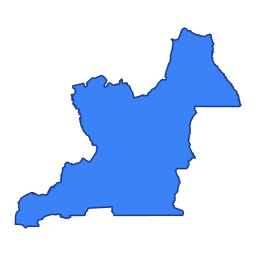 Kahemba, Bandundu, Democratic Republic of the Congo (Albers equal-area conic projection)
{"feature_id": "63176286B37251946319002", "entity_name": "Kahemba", "entity_type": "district", "adm_level": 2, "iso_a3": "COD", "parent_name": "Democratic Republic of the Congo", "parent_adm1": "Bandundu", "projection": "albers", "projection_center": [18.943, -7.197], "detail": "fine", "context": "isolated", "style": "filled", "palette": "blue", "viewbox_px": 256, "rotation_deg": 0, "n_neighbors": 0, "source": "geoboundaries", "source_scale": "gbopen_adm2", "svg_char_len": 5685}
<svg xmlns="http://www.w3.org/2000/svg" viewBox="0 0 256 256"><path d="M71.7,94.6L71.9,94.9L71.6,95.4L72.1,95.9L71.9,96.5L72.3,97.0L72.0,97.3L72.7,97.6L72.2,98.0L72.7,98.7L72.1,99.3L73.0,99.4L73.1,99.8L72.6,100.2L73.3,100.5L73.5,101.6L72.9,103.5L73.3,104.5L73.6,104.8L73.9,104.3L74.8,104.8L75.2,105.8L75.6,105.9L75.7,106.1L74.9,106.2L74.8,106.5L76.0,108.7L78.0,108.6L78.0,109.2L79.2,110.3L79.4,110.7L78.8,110.9L78.5,112.3L79.8,113.6L79.5,114.4L80.1,114.2L81.3,115.9L80.9,117.3L80.1,117.6L80.6,118.2L79.8,118.5L79.6,119.1L79.7,119.5L80.6,120.0L80.0,121.3L80.3,122.1L80.8,121.8L81.0,122.1L80.7,123.6L81.5,126.6L82.2,126.2L82.7,126.9L82.4,128.1L82.5,129.0L83.9,131.1L84.0,131.9L85.2,132.7L86.2,134.6L88.4,135.6L89.0,137.1L89.9,137.6L90.1,139.9L90.8,140.4L91.0,141.3L92.4,142.3L92.7,143.3L92.0,143.7L92.4,144.2L92.5,145.1L93.2,144.8L94.2,145.3L95.8,145.1L96.7,146.7L97.5,147.4L96.5,149.3L96.5,151.4L96.1,152.4L91.1,160.3L89.5,161.9L89.0,161.9L86.5,160.6L83.7,158.5L82.8,158.2L82.3,158.4L81.6,160.2L80.0,162.3L78.4,163.0L75.6,163.5L73.6,164.8L72.2,164.8L72.1,163.9L71.7,163.7L69.5,163.4L67.7,162.2L66.4,162.5L65.1,163.8L64.8,166.9L63.0,167.7L62.5,168.5L62.9,170.4L62.4,171.5L62.0,173.9L61.4,174.2L61.2,175.0L61.6,175.7L61.0,176.0L61.4,176.9L61.0,178.7L60.6,179.0L61.3,180.8L60.6,181.9L60.6,182.5L58.1,182.6L57.1,183.0L55.2,185.2L54.4,185.3L54.3,185.6L54.5,185.9L53.8,187.2L53.0,186.5L52.4,187.0L52.2,186.6L51.8,186.7L51.5,187.3L51.1,187.3L50.8,188.2L50.3,188.2L50.3,188.8L49.7,189.0L49.5,189.6L50.2,190.1L49.6,190.3L49.4,191.0L48.8,190.8L48.2,191.9L48.5,192.4L48.0,192.6L47.9,193.6L47.3,194.0L47.0,194.8L44.1,195.0L43.5,194.4L42.0,194.4L39.5,195.4L38.2,195.4L37.6,195.3L35.1,193.4L34.5,193.6L34.3,194.1L33.5,193.4L32.9,193.6L33.2,192.7L31.7,192.6L26.2,195.0L20.9,198.4L19.9,200.8L18.4,202.3L18.2,203.0L19.0,204.7L18.6,206.9L19.5,210.2L17.1,211.9L16.0,214.2L15.5,217.2L15.4,224.2L21.3,224.5L23.3,225.5L24.8,227.4L25.8,227.8L27.8,226.2L38.6,226.3L38.9,225.0L37.2,222.9L38.0,221.5L38.3,219.9L42.3,219.3L44.3,216.5L50.3,214.8L51.2,214.3L55.9,214.8L57.4,214.3L59.5,214.2L61.0,214.8L60.1,215.5L60.6,217.0L62.2,217.4L62.9,216.9L63.4,217.0L63.5,217.5L66.0,218.4L67.2,217.8L68.3,218.4L69.4,217.4L70.7,216.9L70.0,215.5L84.6,215.4L85.1,214.8L85.3,212.4L86.6,211.4L87.7,209.8L88.0,208.2L111.9,206.9L112.3,211.0L111.8,211.1L111.7,211.5L112.6,212.0L114.1,214.7L114.1,215.4L182.7,215.3L183.3,213.2L182.8,210.9L174.2,207.6L174.2,206.0L173.9,205.4L172.7,204.8L173.3,202.8L174.1,202.3L174.0,200.9L175.0,200.3L174.8,195.0L176.7,192.3L177.5,191.8L177.4,190.8L177.9,190.3L177.8,189.1L179.1,183.7L179.9,182.9L179.7,180.8L179.0,180.0L178.8,179.0L178.7,177.4L177.5,175.9L176.1,172.7L175.6,170.0L176.8,169.3L176.9,168.5L185.6,168.7L186.9,168.3L188.0,167.1L187.9,165.9L189.1,164.6L188.2,161.3L189.3,161.0L191.0,159.8L192.1,158.1L193.7,157.6L195.0,158.1L195.1,157.9L194.6,156.3L193.7,155.4L192.5,155.0L192.7,154.0L193.2,153.9L193.3,153.6L192.0,152.8L189.1,146.6L190.1,145.2L189.9,143.7L189.5,143.6L188.3,140.6L188.9,140.0L188.5,139.4L189.2,137.7L189.1,135.5L189.9,133.9L190.1,132.0L189.8,131.5L190.3,129.2L189.9,128.3L190.1,127.5L189.3,125.9L190.1,125.0L190.6,121.4L193.4,116.1L196.2,112.9L196.6,112.8L194.9,109.7L194.6,106.4L239.1,106.5L240.5,105.7L239.9,105.0L240.6,104.6L240.2,104.1L239.8,103.1L240.0,102.6L239.5,101.8L239.5,99.9L238.7,99.7L238.4,99.3L238.9,98.3L238.6,96.9L238.7,96.3L237.9,95.6L238.1,94.8L237.2,94.9L237.0,92.7L236.4,91.1L233.9,89.4L233.2,87.9L233.4,87.0L233.1,86.6L232.1,86.4L231.7,84.3L230.7,84.4L230.5,83.4L229.4,82.0L228.6,81.8L228.1,80.8L227.0,80.4L227.3,79.9L226.1,78.4L226.1,77.4L225.2,77.6L225.0,76.3L224.0,75.6L224.2,74.6L223.6,74.6L223.6,73.7L222.9,73.4L221.8,72.3L220.8,71.8L220.9,71.0L219.9,70.0L219.3,70.0L219.0,69.0L217.6,67.1L217.4,66.1L215.9,65.9L215.2,64.5L214.3,64.2L213.0,61.2L212.5,60.8L212.5,58.6L212.8,58.2L211.8,57.2L211.7,56.2L212.3,55.4L211.7,54.0L212.4,53.8L212.6,53.3L212.0,51.7L213.3,51.8L212.4,50.6L213.2,49.5L213.0,47.0L212.1,46.2L212.2,45.6L213.5,44.9L213.7,43.9L213.5,43.2L212.3,41.6L212.0,39.6L211.2,37.6L211.1,35.2L210.4,34.9L210.2,34.2L209.8,34.2L209.1,34.7L207.3,35.0L205.8,36.1L204.5,36.5L201.8,36.1L198.0,34.8L196.2,34.7L191.8,32.5L190.3,30.7L189.9,30.6L188.9,30.9L187.3,30.4L186.6,29.1L185.2,28.3L184.0,28.2L182.3,29.3L181.6,30.6L178.9,37.9L178.0,39.2L175.4,40.1L173.9,39.9L172.8,39.2L171.5,39.3L172.6,41.0L173.1,42.8L172.8,45.6L172.3,46.6L172.8,47.9L172.2,48.7L172.3,49.5L171.4,51.4L171.3,53.5L170.5,54.9L170.7,55.8L170.4,56.8L170.8,57.5L170.8,58.7L170.2,59.3L170.3,61.5L168.8,63.4L167.1,68.8L167.2,69.3L166.2,70.7L165.9,73.5L165.4,74.1L165.5,74.7L165.1,76.1L165.6,77.4L166.4,78.1L166.2,79.5L165.7,80.0L164.7,79.7L164.3,80.1L162.7,79.4L161.7,80.1L160.5,80.5L159.9,81.8L158.1,83.3L157.0,85.9L156.0,86.7L155.7,87.5L154.4,88.1L153.9,89.0L152.5,89.1L151.4,89.8L150.6,91.8L149.8,91.8L149.4,92.5L148.9,92.6L148.5,93.5L147.8,93.8L147.7,95.3L146.7,95.8L145.1,95.4L143.9,95.6L143.2,95.0L142.5,95.1L141.6,95.7L140.7,95.7L139.0,96.6L133.7,97.7L133.0,93.5L130.5,88.8L130.2,87.6L129.8,87.1L129.4,86.0L128.1,85.4L126.9,84.4L127.4,83.7L127.2,83.2L125.0,82.9L124.1,83.7L122.6,83.3L122.0,81.1L122.4,80.6L122.2,79.6L121.8,79.4L121.5,80.0L121.2,79.5L119.8,80.8L119.6,81.4L119.8,82.1L119.5,82.5L119.6,83.5L119.3,83.9L117.7,84.0L116.7,84.4L116.6,84.9L115.1,84.5L113.8,85.2L113.0,85.1L110.6,83.3L109.1,82.9L108.2,83.6L106.4,86.6L105.1,87.0L104.3,86.3L104.2,84.8L106.4,81.8L106.6,80.1L105.8,78.8L103.8,76.9L102.2,75.7L101.3,75.5L94.9,78.3L92.2,77.9L86.8,82.9L86.6,84.0L87.2,85.6L86.6,86.5L85.9,86.8L85.2,87.0L84.6,86.5L83.6,83.4L73.1,85.8L72.7,86.8L73.2,88.2L74.8,89.0L75.2,90.7L75.6,91.2L75.5,91.8L74.0,94.6L71.7,94.6Z" fill="#3b82f6" stroke="#1e3a8a" stroke-width="1.5"/></svg>